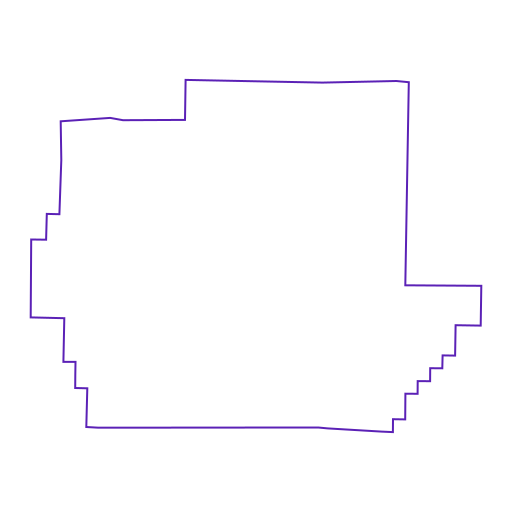 Wayne, Missouri, United States of America (Equal Earth projection)
{"feature_id": "52423323B35235503549305", "entity_name": "Wayne", "entity_type": "district", "adm_level": 2, "iso_a3": "USA", "parent_name": "United States of America", "parent_adm1": "Missouri", "projection": "equal_earth", "projection_center": [-90.442, 37.12], "detail": "fine", "context": "isolated", "style": "outline", "palette": "violet", "viewbox_px": 512, "rotation_deg": 0, "n_neighbors": 0, "source": "geoboundaries", "source_scale": "gbopen_adm2", "svg_char_len": 599}
<svg xmlns="http://www.w3.org/2000/svg" viewBox="0 0 512 512"><path d="M408.8,82.2L396.3,81.0L322.4,82.6L185.6,79.9L185.0,119.9L123.0,120.2L110.2,117.9L60.7,121.3L61.3,160.2L59.4,214.2L46.8,213.9L46.1,239.7L31.2,239.5L30.7,317.4L64.3,318.2L63.4,361.9L75.5,361.9L75.3,374.6L75.2,388.0L87.3,388.3L86.3,427.0L98.6,427.7L318.2,427.5L327.7,428.4L381.6,431.6L392.9,432.1L393.0,419.2L405.2,419.4L405.4,393.7L417.6,393.8L417.7,381.1L430.1,381.2L430.2,368.2L442.3,368.3L442.6,355.4L455.1,355.6L455.6,325.2L480.7,325.6L481.3,285.8L405.3,285.3L408.8,82.2Z" fill="none" stroke="#5b21b6" stroke-width="2"/></svg>